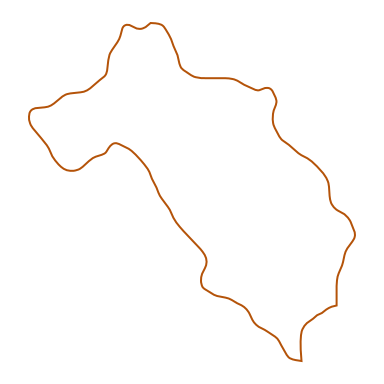 Maimón, Monseñor Nouel, Dominican Republic
{"feature_id": "3306468B25789433891427", "entity_name": "Maimón", "entity_type": "district", "adm_level": 2, "iso_a3": "DOM", "parent_name": "Dominican Republic", "parent_adm1": "Monseñor Nouel", "projection": "robinson", "projection_center": [-70.282, 18.886], "detail": "fine", "context": "isolated", "style": "outline", "palette": "amber", "viewbox_px": 384, "rotation_deg": 0, "n_neighbors": 0, "source": "geoboundaries", "source_scale": "gbopen_adm2", "svg_char_len": 2825}
<svg xmlns="http://www.w3.org/2000/svg" viewBox="0 0 384 384"><path d="M46.8,145.2L48.9,148.6L52.3,156.3L55.2,160.5L58.5,164.4L61.0,166.8L63.7,168.8L66.8,170.2L70.2,170.8L73.6,170.8L75.3,170.5L78.6,169.5L80.1,168.7L82.7,166.8L88.9,161.1L92.8,158.1L95.7,156.7L101.7,154.8L104.4,153.6L105.5,152.8L106.4,151.7L108.6,148.1L110.3,145.9L112.4,144.1L113.6,143.5L115.0,143.2L116.4,143.2L119.0,144.0L128.7,148.8L131.6,150.9L135.6,154.6L140.7,160.1L144.3,164.4L147.6,168.8L149.4,172.0L151.9,178.7L156.5,187.6L158.4,192.6L159.9,195.8L161.8,198.7L167.9,206.9L169.8,209.8L173.4,217.8L176.3,222.5L179.8,226.9L183.5,231.1L200.4,249.0L202.7,251.9L204.7,254.9L206.1,258.2L206.6,261.8L206.1,265.3L204.9,268.2L202.1,273.8L201.2,277.2L201.0,280.7L201.1,282.4L201.9,285.6L202.6,287.1L203.7,288.3L204.9,289.2L214.0,294.8L217.1,296.0L225.4,297.6L228.7,298.5L231.6,299.9L237.1,303.2L241.5,305.3L244.2,307.1L246.6,309.4L248.6,312.1L249.4,313.5L252.3,319.7L254.0,322.4L256.2,324.8L258.7,326.8L264.6,329.8L267.3,331.5L275.0,336.6L277.3,338.6L279.1,341.2L281.3,345.4L286.7,354.9L288.6,357.3L289.8,358.2L292.7,359.4L295.7,360.1L301.5,361.0L300.7,349.8L300.6,341.3L301.0,335.2L301.7,331.3L302.4,329.4L304.4,325.9L306.9,323.1L313.1,318.7L317.1,315.2L321.9,313.0L326.2,309.6L328.8,308.0L331.7,306.7L336.6,305.5L336.6,286.0L337.0,280.3L337.6,276.6L338.7,273.3L342.0,265.6L343.0,262.2L344.5,255.1L345.6,251.6L347.3,248.4L352.5,241.3L354.2,238.5L354.7,236.9L355.0,235.2L354.7,232.2L350.6,221.8L349.8,220.3L347.9,217.6L344.4,214.2L337.4,210.3L336.1,209.4L333.8,207.2L331.9,204.5L331.1,203.0L330.1,199.5L329.6,195.9L329.0,186.7L328.4,183.0L327.8,181.2L326.3,177.9L323.2,173.3L317.0,166.4L311.7,161.4L307.4,158.3L301.4,155.2L298.4,153.2L288.8,144.8L282.3,140.2L281.2,139.1L279.3,136.5L274.8,128.0L273.5,124.8L273.1,123.0L272.7,119.4L273.0,113.9L273.7,110.5L275.9,104.9L276.5,102.0L276.4,100.5L275.6,97.6L272.5,91.1L271.6,89.9L270.5,88.9L269.2,88.2L267.9,87.9L265.1,88.0L259.3,90.2L258.0,90.4L255.4,89.9L244.2,84.8L237.4,80.7L234.2,79.4L232.5,79.0L228.9,78.4L225.2,78.2L206.6,78.2L201.0,78.1L195.7,77.2L194.0,76.7L191.1,75.2L183.5,70.1L181.3,68.0L180.5,66.6L179.4,63.6L177.5,55.2L173.5,46.0L171.1,39.2L168.8,34.6L165.6,29.3L163.9,26.8L162.8,25.7L161.5,24.8L158.6,23.8L155.5,23.3L150.6,23.0L145.6,27.1L142.8,28.4L141.3,28.8L139.7,28.9L136.7,28.5L129.4,25.0L126.7,24.8L125.3,25.2L124.1,25.9L123.1,27.0L122.4,28.3L120.4,35.8L119.2,39.0L117.4,42.2L112.1,49.9L110.2,53.1L109.5,54.8L108.3,60.2L107.1,70.7L106.2,73.8L105.4,75.2L104.4,76.4L99.6,80.2L90.2,88.3L87.2,90.3L83.9,91.7L80.6,92.3L70.4,93.4L67.1,94.1L65.5,94.7L62.4,96.5L54.1,103.4L51.1,105.4L49.5,106.1L48.0,106.7L44.7,107.3L35.3,108.2L32.5,109.3L31.2,110.3L30.2,111.6L29.5,113.1L29.0,116.5L29.1,119.9L30.1,123.4L30.8,125.1L32.8,128.2L41.3,138.3L46.8,145.2Z" fill="none" stroke="#b45309" stroke-width="2"/></svg>